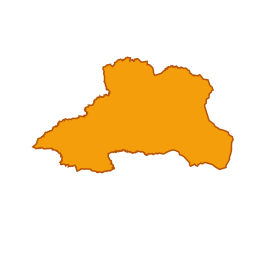 Dan Chang, Suphan Buri, Thailand, rotated 162°
{"feature_id": "78962969B17842271183719", "entity_name": "Dan Chang", "entity_type": "district", "adm_level": 2, "iso_a3": "THA", "parent_name": "Thailand", "parent_adm1": "Suphan Buri", "projection": "albers", "projection_center": [99.604, 14.892], "detail": "fine", "context": "isolated", "style": "filled", "palette": "amber", "viewbox_px": 256, "rotation_deg": 162, "n_neighbors": 0, "source": "geoboundaries", "source_scale": "gbopen_adm2", "svg_char_len": 5907}
<svg xmlns="http://www.w3.org/2000/svg" viewBox="0 0 256 256"><g transform="rotate(162 128 128)"><path d="M34.0,90.1L34.1,93.1L37.4,96.0L40.1,97.9L41.5,98.4L42.0,99.7L44.7,102.5L45.1,105.0L48.6,110.2L48.4,125.4L47.6,126.8L46.0,127.4L44.6,131.1L43.9,131.4L41.9,131.6L40.1,135.4L38.1,136.1L37.0,137.6L36.3,138.0L35.4,137.8L35.5,141.0L36.9,143.1L37.1,149.1L41.4,151.2L43.2,156.5L44.3,156.4L45.0,155.9L47.0,156.9L49.3,157.5L49.1,158.0L49.8,158.2L50.5,158.8L51.5,160.6L52.3,161.1L51.9,163.4L52.4,164.2L53.2,164.6L54.3,166.8L54.9,167.2L56.6,167.4L58.6,169.5L59.2,169.0L59.9,168.9L60.6,169.4L61.0,169.3L61.8,170.1L62.1,169.9L62.3,171.3L62.9,171.9L63.6,171.4L64.1,171.9L64.3,171.5L64.7,171.8L65.4,171.7L66.4,172.2L66.1,172.9L66.8,173.0L66.8,173.5L67.5,173.5L67.9,173.8L68.7,173.1L69.6,173.1L70.3,173.3L70.3,173.7L70.5,173.8L71.0,173.2L71.9,173.6L72.2,173.2L72.0,172.6L72.2,172.2L73.8,172.7L73.6,172.2L74.1,172.3L74.8,171.7L74.9,171.3L75.6,171.7L76.2,171.2L79.8,169.7L86.2,169.7L86.6,171.0L86.6,172.7L86.1,174.9L86.0,177.5L86.6,179.2L88.2,181.6L90.1,182.3L89.6,183.2L89.2,185.5L95.1,186.5L96.8,190.2L97.6,191.0L99.1,191.2L99.2,190.8L100.5,191.3L101.9,189.1L101.8,190.1L102.7,191.2L102.6,191.6L103.6,191.7L105.5,191.3L104.1,194.0L105.6,194.6L106.5,195.4L107.7,195.1L108.5,195.4L110.2,194.1L111.4,194.6L111.5,193.8L112.2,193.7L112.6,193.8L113.2,195.1L114.1,195.8L114.9,195.5L115.3,195.8L117.1,195.5L119.0,194.3L120.5,194.4L120.9,193.0L121.7,192.5L122.0,191.9L122.8,191.9L123.9,191.2L125.0,193.3L124.9,193.9L128.7,194.4L130.6,193.4L132.7,193.6L133.5,192.0L133.2,188.8L134.2,187.7L134.5,183.5L135.1,182.4L135.5,180.4L136.3,179.7L136.0,179.0L136.3,178.2L135.8,177.5L136.3,175.0L135.9,174.6L136.0,174.1L135.8,173.9L136.6,171.9L135.9,171.5L136.1,171.1L135.7,170.9L135.9,170.8L135.0,170.4L134.9,169.5L134.5,169.2L134.7,168.8L134.5,169.0L134.1,168.4L134.5,167.2L134.8,167.3L134.7,166.9L135.4,166.9L135.3,166.3L135.9,166.1L136.3,165.0L136.6,165.3L136.8,165.1L138.0,165.4L138.1,166.4L139.1,166.8L139.9,166.3L140.6,166.6L140.7,165.8L141.2,165.3L142.6,165.0L143.5,165.5L143.4,165.9L144.1,166.0L144.5,166.6L144.5,166.3L145.1,166.5L145.7,166.1L146.0,166.3L146.2,165.8L146.9,166.0L146.8,166.4L147.7,166.5L148.1,166.3L149.0,165.0L150.4,165.3L151.6,164.5L151.6,164.1L152.2,164.0L152.0,163.0L154.1,161.3L154.2,160.8L154.8,161.0L156.0,160.8L157.2,161.6L158.1,161.4L158.6,161.9L159.0,160.5L161.4,160.6L162.4,160.4L162.6,159.6L163.2,159.3L162.6,158.8L163.2,158.2L163.6,158.2L163.7,157.8L162.5,156.2L162.6,155.3L162.1,155.2L162.5,154.5L162.3,154.2L162.8,154.1L163.8,153.1L165.7,153.4L165.4,152.9L165.7,152.2L167.6,152.8L170.2,154.4L171.0,154.5L171.1,153.4L172.7,153.0L173.2,153.2L173.5,152.8L177.7,154.3L178.4,154.2L179.1,153.5L181.1,154.6L182.6,154.4L184.7,156.0L185.2,155.9L186.0,154.8L186.3,155.5L187.0,155.9L188.6,154.7L190.5,155.0L190.8,155.5L191.4,155.6L192.2,154.7L192.3,154.0L193.4,154.1L193.6,153.6L193.2,152.5L194.2,152.2L195.0,151.5L195.9,151.4L195.8,152.2L196.1,152.3L197.4,151.7L198.8,151.9L199.4,151.3L199.4,150.7L199.9,150.5L201.0,149.2L201.9,149.1L203.1,149.5L204.1,148.9L204.5,149.2L205.9,149.1L206.3,148.8L207.8,149.3L208.8,148.7L208.9,147.9L210.6,147.2L210.6,146.8L211.3,146.7L211.1,146.0L212.5,146.4L213.8,145.6L217.0,145.6L217.3,144.6L218.4,143.7L219.6,141.6L221.1,140.7L224.4,139.5L223.5,138.4L222.8,138.4L222.1,136.9L219.1,136.2L218.6,136.7L217.7,135.8L216.5,136.3L214.2,134.1L206.7,132.2L206.7,130.9L206.0,130.9L206.1,130.3L204.6,130.0L203.1,128.3L203.0,128.6L202.4,128.4L202.5,127.5L201.5,126.3L201.5,125.5L200.2,125.0L200.5,122.9L199.9,123.0L200.0,122.2L200.2,121.7L200.6,121.9L200.7,121.5L200.0,121.5L199.5,121.0L200.6,118.5L200.8,117.1L201.7,117.3L203.3,116.3L202.9,116.0L202.6,114.8L203.3,114.2L203.0,113.9L200.8,113.8L199.5,113.1L199.2,112.3L198.9,112.3L198.9,111.2L198.3,111.5L198.3,112.0L196.2,111.8L196.7,109.6L195.2,109.9L195.1,109.5L194.1,109.1L192.9,109.4L192.7,108.8L190.2,109.1L189.6,108.1L190.0,107.1L189.4,106.6L189.7,105.5L189.8,102.7L185.8,103.2L185.5,103.6L183.9,103.2L182.2,102.3L180.5,102.0L176.7,100.5L176.0,100.1L176.2,99.0L174.6,97.9L173.6,97.8L171.4,96.1L171.4,95.6L170.3,95.4L170.4,95.1L168.9,95.1L166.2,93.5L165.4,94.0L164.8,93.6L163.9,94.1L162.8,94.1L161.5,93.2L160.8,93.6L159.5,93.4L158.4,92.8L157.6,92.8L157.4,93.3L155.8,93.4L155.7,93.6L154.0,93.5L153.5,93.8L153.4,94.4L153.9,94.8L154.6,93.9L155.1,95.1L154.5,95.7L154.0,95.7L153.5,96.7L153.7,97.7L154.8,98.8L154.5,99.5L155.0,99.6L154.4,100.1L154.2,100.9L154.6,101.7L154.1,102.1L155.2,103.5L155.4,104.7L155.1,105.1L155.8,105.8L155.3,108.3L154.8,108.6L154.9,109.7L150.4,110.1L149.7,109.4L148.4,109.8L147.8,109.1L147.3,109.5L147.5,109.0L146.9,108.7L146.5,109.0L146.2,108.9L146.4,109.1L145.9,109.3L145.8,108.9L145.2,109.1L144.6,108.5L144.0,108.9L144.0,109.2L143.5,109.2L143.2,108.7L142.7,108.6L142.8,108.3L141.3,108.1L141.1,108.3L140.8,108.1L140.5,109.0L140.0,109.1L139.7,108.7L138.4,108.5L138.0,108.2L138.2,107.9L137.8,107.9L137.6,107.0L137.9,106.9L137.5,106.4L137.2,106.6L135.9,105.3L135.6,106.1L135.3,105.4L135.0,105.6L133.8,104.9L133.6,104.2L132.8,104.4L132.4,103.7L132.1,103.7L131.8,102.9L131.0,102.9L131.0,102.6L129.4,102.7L128.7,102.2L127.8,102.6L127.4,103.1L127.1,102.5L126.9,102.9L126.0,103.1L123.2,101.2L122.9,101.5L121.4,100.8L120.2,99.6L120.4,99.0L119.9,98.8L120.2,98.1L119.5,97.1L118.9,97.0L119.0,96.5L118.5,96.2L117.8,96.3L117.0,97.0L116.2,96.8L116.2,97.0L115.1,96.5L113.0,96.2L112.9,95.6L112.0,94.9L111.3,95.2L109.5,95.2L108.6,95.1L108.3,94.5L108.0,94.8L106.7,94.3L105.8,94.4L104.8,93.7L104.1,93.6L103.3,92.8L101.7,92.3L98.8,93.0L94.2,93.4L92.1,93.2L90.3,92.4L87.1,89.4L87.1,86.6L86.2,86.1L83.8,83.9L80.2,75.9L80.6,74.9L80.5,72.7L80.2,72.3L75.8,73.0L75.2,71.5L73.6,70.3L72.5,71.4L69.6,72.1L68.3,70.9L65.8,71.5L64.5,70.9L59.1,67.2L56.7,63.7L53.7,60.3L46.9,60.2L46.7,61.7L41.1,66.9L40.3,69.3L38.6,71.3L36.1,75.7L35.2,79.0L33.6,82.7L31.6,84.4L31.6,87.6L34.0,90.1Z" fill="#f59e0b" stroke="#b45309" stroke-width="1.5"/></g></svg>